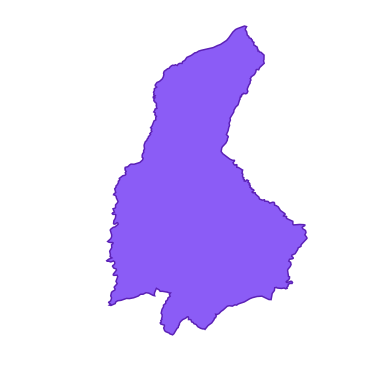 Rosas, Cauca, Colombia (Equal Earth projection), rotated 246°
{"feature_id": "7082276B70920947673933", "entity_name": "Rosas", "entity_type": "district", "adm_level": 2, "iso_a3": "COL", "parent_name": "Colombia", "parent_adm1": "Cauca", "projection": "equal_earth", "projection_center": [-76.744, 2.253], "detail": "fine", "context": "isolated", "style": "filled", "palette": "violet", "viewbox_px": 384, "rotation_deg": 246, "n_neighbors": 0, "source": "geoboundaries", "source_scale": "gbopen_adm2", "svg_char_len": 6005}
<svg xmlns="http://www.w3.org/2000/svg" viewBox="0 0 384 384"><g transform="rotate(246 192 192)"><path d="M65.3,239.6L66.0,239.5L66.9,241.3L68.5,242.5L68.6,244.4L67.8,246.2L68.4,247.0L69.7,246.8L70.3,246.1L70.6,242.3L71.0,241.6L71.6,241.5L71.9,241.9L72.5,244.7L73.7,246.1L74.9,246.6L75.6,245.8L81.4,247.4L82.3,248.1L84.0,251.4L85.4,253.0L87.7,253.5L89.5,252.3L90.9,253.7L90.2,256.3L90.2,257.4L91.0,257.7L92.8,256.9L93.7,257.6L93.7,261.1L96.4,265.1L97.8,266.3L98.0,269.4L99.5,270.3L102.8,278.1L103.7,278.4L107.0,277.7L108.5,279.6L110.2,280.0L111.1,279.8L113.3,278.3L114.8,278.2L115.1,278.5L115.4,281.3L115.9,281.7L116.6,281.0L118.6,277.1L120.5,271.7L120.9,271.2L121.7,271.1L124.2,272.2L129.2,267.8L130.1,267.6L130.8,268.4L131.5,268.1L132.8,265.8L133.3,266.2L133.7,267.9L134.4,268.1L139.1,265.3L143.4,264.7L145.4,263.3L146.4,262.1L148.4,262.9L149.2,262.7L149.9,261.5L150.2,258.5L152.5,257.6L154.1,254.7L155.4,255.0L156.0,252.9L158.1,250.8L160.2,251.0L164.1,249.2L165.6,249.4L166.4,247.6L167.1,246.9L167.7,247.1L168.0,248.9L168.5,249.3L169.3,249.0L170.5,247.6L170.8,247.5L171.2,248.0L172.8,246.9L173.9,247.8L175.3,247.2L175.7,248.1L176.7,248.1L178.0,247.1L179.3,248.2L180.7,247.1L180.1,245.2L180.9,244.2L182.0,244.9L183.1,244.2L184.0,245.1L184.7,244.5L186.0,244.6L187.6,245.7L189.0,245.3L189.8,246.2L190.9,246.4L191.4,247.2L195.5,244.4L196.3,243.0L197.0,243.4L198.3,243.5L198.4,244.0L198.7,244.0L199.1,243.4L199.1,242.2L199.9,241.6L202.0,241.4L203.2,243.5L203.7,243.6L204.6,241.8L206.6,240.0L214.4,235.7L217.1,235.1L220.3,237.2L221.0,238.2L222.9,242.8L224.9,245.3L226.5,246.2L227.2,247.2L228.0,247.7L230.5,246.8L233.3,249.9L236.1,251.9L237.5,253.4L239.8,253.9L242.0,256.3L244.0,256.8L248.0,262.6L249.8,263.7L251.8,266.5L252.9,269.5L256.8,272.9L257.3,273.7L258.3,273.9L259.0,275.5L259.7,275.3L259.7,276.6L260.8,277.1L260.7,278.4L261.2,279.1L259.9,281.0L259.8,282.2L261.1,283.9L263.3,284.2L263.9,284.6L266.7,287.6L267.8,289.3L269.5,290.2L270.3,291.4L271.9,291.3L272.4,292.4L273.1,292.8L273.9,296.7L275.5,298.9L277.5,300.3L277.6,301.2L276.5,302.6L278.2,304.5L280.2,310.3L282.8,310.7L283.7,311.6L287.8,313.5L291.5,311.9L292.5,310.6L293.6,310.5L294.1,309.6L295.5,310.3L296.2,309.9L297.1,310.4L298.5,310.3L299.3,309.3L300.1,309.2L301.1,308.3L302.7,308.8L303.5,309.5L304.9,308.4L306.2,308.9L307.3,308.3L308.1,308.5L309.7,306.9L311.0,307.2L312.8,306.3L316.2,307.1L318.5,306.7L319.4,307.2L320.9,309.1L322.3,307.4L322.8,299.9L322.7,297.8L321.5,294.4L317.9,288.4L316.4,285.2L315.2,278.0L315.4,274.8L315.3,270.1L317.7,258.0L318.0,255.5L317.6,252.8L318.0,251.2L317.1,246.9L317.1,242.1L315.2,239.0L314.9,236.4L313.5,235.2L314.4,233.5L314.6,232.5L314.4,231.3L313.6,230.0L315.0,228.6L314.9,227.2L315.7,226.0L315.7,224.7L315.2,222.9L314.3,221.5L314.5,219.8L313.6,215.7L312.1,214.3L310.8,214.1L308.7,212.5L307.3,210.6L306.3,207.3L306.3,204.5L304.8,202.0L304.0,201.6L302.2,202.4L301.6,199.5L299.9,198.9L298.8,197.4L297.5,197.4L296.2,196.5L294.9,197.6L294.6,197.1L294.7,195.6L294.5,195.1L293.7,195.0L293.0,196.2L292.6,195.2L290.8,194.2L290.1,194.8L288.9,194.7L287.9,195.4L286.9,195.4L285.6,194.5L285.1,194.7L284.3,194.1L282.7,193.9L282.8,192.0L281.7,191.2L280.7,189.6L279.2,190.6L277.7,189.5L277.2,189.9L276.5,189.6L275.6,190.3L274.7,189.1L272.6,188.2L272.4,186.2L268.7,182.5L267.5,180.3L266.5,180.9L265.9,180.7L265.1,179.8L263.8,180.0L262.5,177.3L261.6,177.6L260.6,175.9L260.5,174.9L259.1,174.0L259.0,173.2L257.4,171.4L257.0,169.9L254.9,167.8L253.9,167.1L250.6,166.1L249.6,164.7L247.7,163.9L247.3,162.8L246.0,161.5L244.0,160.6L242.8,161.1L241.4,159.9L240.2,156.4L240.9,150.4L242.3,147.6L242.1,146.1L241.2,143.6L241.7,141.1L241.0,140.4L240.2,140.5L239.5,139.8L237.6,140.2L236.7,138.8L235.4,138.9L234.9,138.5L234.6,137.5L235.0,135.4L234.0,131.1L232.8,131.0L232.0,130.2L231.9,129.2L230.2,128.3L228.9,126.4L228.5,125.1L227.2,124.4L226.4,122.7L222.6,122.1L221.9,119.7L221.4,119.2L220.4,120.3L218.8,121.0L217.5,120.5L213.5,120.6L212.6,119.7L211.3,116.9L208.8,115.8L208.6,114.9L208.8,113.0L205.2,112.9L205.2,111.0L204.7,110.3L203.7,110.7L202.7,112.8L202.0,113.1L199.2,111.3L197.6,109.0L195.1,107.5L194.4,107.7L194.0,108.6L194.5,111.1L193.6,111.7L192.5,111.3L191.4,107.2L191.8,105.8L191.2,103.0L190.5,101.8L185.5,101.2L183.7,100.3L182.4,98.8L181.1,94.8L180.2,95.4L179.1,96.8L178.2,98.8L177.6,99.2L177.0,98.7L176.6,97.1L173.7,96.0L171.4,92.7L168.0,92.0L166.3,90.9L164.4,92.0L164.5,88.4L163.9,86.1L163.3,86.3L162.5,87.9L161.1,89.4L160.9,92.2L159.7,92.9L158.1,92.4L157.3,91.2L157.0,89.7L156.6,89.2L154.4,89.5L152.5,91.4L151.4,91.3L149.0,86.8L148.3,86.3L147.6,86.7L146.5,89.7L144.8,89.7L141.3,86.2L138.7,86.4L136.9,82.4L136.4,82.1L134.7,82.3L133.8,81.6L133.5,78.8L133.0,77.6L130.2,75.5L128.2,75.5L127.2,74.9L125.6,73.3L125.2,71.1L124.9,70.9L122.6,72.0L122.3,70.5L121.3,71.8L121.3,76.5L122.4,77.4L122.9,79.8L121.9,83.1L121.4,88.9L120.1,91.4L119.1,95.7L118.8,100.6L119.5,103.4L118.5,105.8L118.7,109.0L117.2,111.4L113.4,114.4L112.4,115.7L113.8,115.9L115.3,116.9L118.5,120.3L115.9,122.2L114.2,122.5L113.3,124.6L110.5,128.8L109.3,129.8L108.5,131.3L107.6,129.7L105.6,129.6L105.0,126.9L103.9,126.2L103.1,125.0L102.9,123.6L101.0,122.7L100.2,119.9L98.6,119.2L97.1,117.0L93.8,114.5L92.2,114.8L90.4,114.1L88.6,112.7L88.0,112.8L87.2,111.2L85.8,111.1L85.3,109.7L84.1,109.8L81.6,112.6L80.7,112.3L79.3,110.8L76.5,110.6L75.1,111.2L72.4,113.8L71.4,114.1L69.4,116.2L69.9,117.8L73.5,122.9L73.8,124.3L75.5,125.5L75.8,126.4L77.0,127.0L78.2,128.7L79.2,131.6L79.3,134.9L79.9,137.0L79.4,137.8L78.9,137.8L76.9,136.9L76.3,138.4L75.5,139.1L73.5,138.8L72.4,140.0L70.9,140.2L69.3,141.9L66.6,142.5L63.9,144.5L62.5,146.2L61.9,147.7L61.2,148.0L63.5,152.4L64.4,156.8L66.4,160.2L67.7,161.3L67.5,162.3L68.8,163.7L70.7,163.9L69.9,165.1L69.9,167.1L71.1,170.0L71.6,172.6L73.3,177.7L73.0,179.7L71.3,182.5L71.5,185.2L70.5,186.8L70.9,188.8L70.3,195.2L71.0,201.4L70.9,204.1L70.1,208.9L68.4,213.5L62.5,218.5L61.5,220.5L66.7,224.0L68.5,227.2L70.9,228.6L70.5,230.3L69.7,230.7L67.5,234.5L66.8,237.1L65.5,238.2L65.3,239.6Z" fill="#8b5cf6" stroke="#5b21b6" stroke-width="1.5"/></g></svg>